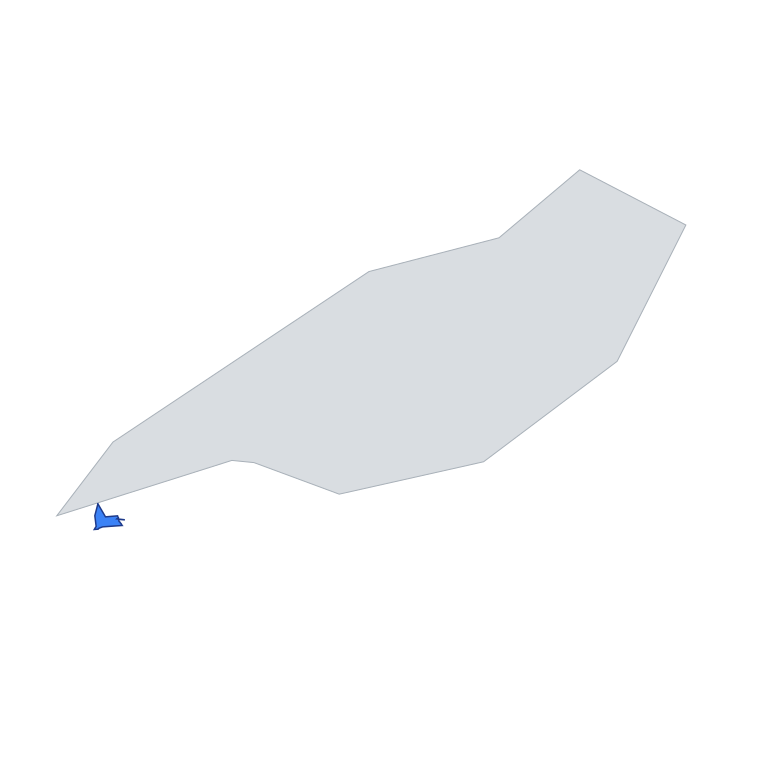 Mengellang, Palau shown in context, rotated 227°
{"feature_id": "81905179B37615107776552", "entity_name": "Mengellang", "entity_type": "district", "adm_level": 2, "iso_a3": "PLW", "parent_name": "Palau", "parent_adm1": "", "projection": "orthographic", "projection_center": [134.628, 7.695], "detail": "fine", "context": "in_parent", "style": "filled", "palette": "blue", "viewbox_px": 768, "rotation_deg": 227, "n_neighbors": 0, "source": "geoboundaries", "source_scale": "gbopen_adm2", "svg_char_len": 950}
<svg xmlns="http://www.w3.org/2000/svg" viewBox="0 0 768 768"><g transform="rotate(227 384 384)"><path d="M407.2,673.2L294.4,713.2L241.6,570.0L259.2,403.8L334.0,276.1L415.2,235.3L431.9,220.6L510.8,54.8L526.4,146.2L476.5,449.7L412.5,567.8L407.2,673.2Z" fill="#d9dde1" stroke="#a8b0b8" stroke-width="1"/><path d="M476.1,76.3L475.8,74.9L475.2,72.9L472.8,75.9L472.9,77.2L471.4,80.8L459.2,95.9L459.3,95.9L459.5,96.1L459.9,96.2L460.3,96.2L460.4,96.3L460.8,96.4L461.2,96.5L461.8,96.5L462.1,96.4L462.5,96.5L462.9,96.7L463.3,96.6L463.6,96.6L463.9,96.5L464.4,96.6L464.8,96.7L465.0,97.1L465.3,97.2L465.6,97.4L465.9,97.5L466.1,97.5L461.9,101.3L462.0,101.4L467.6,96.6L467.6,96.9L467.5,97.0L467.3,97.1L467.1,97.3L467.0,97.5L466.9,97.8L466.9,98.0L467.1,98.3L467.3,98.5L467.5,98.7L468.0,98.7L468.4,98.7L468.6,98.8L469.0,99.0L469.3,99.2L476.8,89.7L491.4,93.0L492.2,93.5L491.4,92.9L484.9,82.7L476.1,76.3Z" fill="#3b82f6" stroke="#1e3a8a" stroke-width="1.5"/></g></svg>